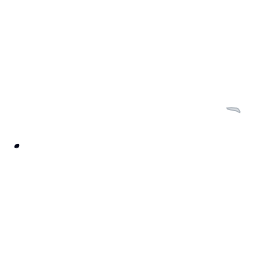 location of Matagi, Tuvalu, rotated 284°
{"feature_id": "33948139B17363749661168", "entity_name": "Matagi", "entity_type": "district", "adm_level": 2, "iso_a3": "TUV", "parent_name": "Tuvalu", "parent_adm1": "", "projection": "natural_earth1", "projection_center": [178.689, -7.484], "detail": "fine", "context": "in_parent", "style": "outline", "palette": "ink", "viewbox_px": 256, "rotation_deg": 284, "n_neighbors": 0, "source": "geoboundaries", "source_scale": "gbopen_adm2", "svg_char_len": 788}
<svg xmlns="http://www.w3.org/2000/svg" viewBox="0 0 256 256"><g transform="rotate(284 128 128)"><path d="M173.1,230.6L170.9,232.7L170.0,232.7L170.9,228.2L170.4,223.5L170.5,219.9L171.3,219.1L172.7,223.4L173.6,228.7L173.1,230.6Z" fill="#d9dde1" stroke="#a8b0b8" stroke-width="1"/><path d="M84.2,25.7L84.3,25.4L84.4,25.5L84.5,25.5L84.8,25.6L85.0,25.5L85.0,25.4L84.9,25.3L84.8,25.2L84.8,24.9L84.7,24.7L84.6,24.4L84.5,24.2L84.4,24.2L84.2,24.0L84.2,23.9L83.9,23.7L83.7,23.5L83.7,23.4L83.4,23.3L83.2,23.4L83.2,23.5L82.9,23.5L82.9,23.4L82.7,23.3L82.5,23.5L82.4,23.5L82.4,23.8L82.5,23.8L82.6,24.0L82.8,24.1L83.0,24.1L83.0,24.3L83.1,24.5L83.3,24.7L83.3,24.8L83.4,25.0L83.2,25.3L83.1,25.5L83.3,25.6L83.5,25.6L83.8,25.7L84.0,25.7L84.2,25.7Z" fill="none" stroke="#020617" stroke-width="2"/></g></svg>